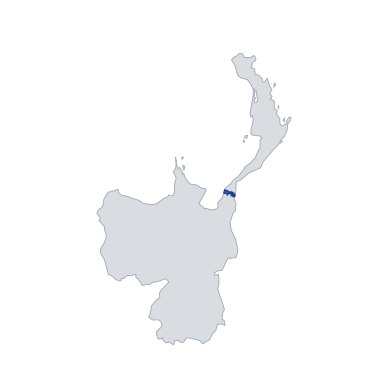 location of Pran Buri, Prachuap Khiri Khan, Thailand, rotated 202°
{"feature_id": "78962969B16792077167163", "entity_name": "Pran Buri", "entity_type": "district", "adm_level": 2, "iso_a3": "THA", "parent_name": "Thailand", "parent_adm1": "Prachuap Khiri Khan", "projection": "orthographic", "projection_center": [99.688, 12.406], "detail": "fine", "context": "in_parent", "style": "filled", "palette": "blue", "viewbox_px": 384, "rotation_deg": 202, "n_neighbors": 0, "source": "geoboundaries", "source_scale": "gbopen_adm2", "svg_char_len": 5814}
<svg xmlns="http://www.w3.org/2000/svg" viewBox="0 0 384 384"><g transform="rotate(202 192 192)"><path d="M164.4,44.4L164.8,45.9L166.3,44.0L168.2,43.0L172.0,47.2L172.5,49.0L169.7,55.7L170.2,57.9L172.0,59.8L174.1,60.8L176.4,60.5L180.6,58.6L185.3,59.8L185.1,64.3L186.9,71.3L184.6,78.6L182.3,82.2L184.1,85.3L184.3,88.2L179.8,99.5L180.7,100.4L183.6,101.6L184.8,101.2L189.6,96.7L194.8,93.3L196.5,90.3L199.8,89.3L202.7,86.7L209.7,91.2L211.5,91.6L212.4,92.3L212.8,94.2L213.6,94.5L216.4,91.9L221.1,90.2L222.9,86.2L225.1,85.1L224.8,83.2L225.5,82.4L229.4,82.2L235.2,84.2L237.3,84.5L238.3,84.1L247.8,96.4L253.9,101.1L255.5,104.4L254.3,112.8L254.6,117.6L256.0,121.2L258.6,123.8L260.6,127.4L267.7,130.7L267.1,131.6L267.6,133.9L272.0,136.5L272.4,137.3L272.0,140.7L270.1,143.4L269.7,145.5L269.8,148.1L271.0,152.1L269.8,160.2L267.2,162.6L263.9,164.3L262.1,166.6L260.7,166.0L260.0,163.8L256.2,162.6L249.0,163.9L245.4,163.5L240.6,164.3L235.9,164.0L233.1,163.1L225.2,165.0L221.9,166.7L219.6,169.1L216.1,175.1L212.5,178.8L212.6,180.4L208.1,181.3L208.4,186.4L211.0,192.0L211.9,199.0L217.0,203.9L216.1,207.3L216.7,210.7L220.7,218.4L217.8,214.8L217.2,212.3L213.8,208.4L212.8,210.3L208.9,207.5L207.2,204.6L206.6,205.9L202.7,201.9L198.7,199.7L196.5,198.7L191.0,200.2L184.0,199.1L181.3,200.2L180.1,199.5L179.5,198.3L181.3,183.7L175.3,181.9L174.2,181.0L172.9,182.1L167.0,182.7L162.7,185.4L162.1,187.6L164.1,191.6L161.6,198.8L162.5,205.7L162.1,209.4L159.1,214.2L158.4,218.0L155.0,223.8L152.7,231.1L152.2,235.4L148.1,241.9L147.2,245.6L145.7,247.0L146.3,249.9L145.6,258.9L148.2,265.4L147.5,268.4L150.3,269.4L156.9,267.4L159.1,267.9L160.5,271.5L162.2,282.1L165.0,285.4L165.7,283.7L167.0,285.4L168.1,288.6L171.6,305.3L173.4,309.7L171.3,308.6L170.1,303.3L168.2,303.1L168.8,299.8L167.6,298.6L165.6,299.5L165.7,302.1L171.0,310.5L174.3,310.7L178.4,314.3L183.0,317.0L188.7,316.0L192.7,316.9L195.0,319.1L198.8,324.7L204.9,329.4L204.0,332.3L201.6,334.7L200.3,337.8L198.7,338.8L196.4,338.8L193.9,336.2L187.9,338.6L186.5,341.1L185.0,341.7L182.3,339.0L182.5,337.5L184.2,335.3L183.7,329.5L180.1,329.5L177.7,325.2L176.9,324.7L175.2,325.4L169.4,323.4L167.7,320.7L166.0,320.9L164.9,325.6L159.8,319.3L156.3,316.8L156.8,312.1L154.4,311.1L153.4,309.9L154.3,307.1L151.1,307.5L149.5,306.7L147.6,301.8L146.0,299.7L143.9,299.7L143.2,298.8L143.3,296.3L138.1,292.8L136.4,288.8L133.9,287.0L132.3,287.6L130.7,290.4L129.5,290.2L128.4,289.4L127.0,285.4L127.1,278.4L128.8,274.3L129.8,267.8L132.2,262.3L137.4,246.3L137.6,240.0L146.2,231.0L152.0,220.7L153.9,219.2L154.7,217.3L151.7,209.0L150.3,203.2L150.6,201.7L146.9,197.8L146.0,193.3L145.0,191.9L144.7,190.4L146.0,187.8L145.3,178.0L141.3,171.2L134.2,164.9L127.8,155.6L127.0,152.3L126.8,147.7L132.0,144.6L134.0,144.4L134.8,130.6L139.2,128.0L140.1,126.8L140.6,124.5L139.5,123.2L136.7,125.4L136.1,124.9L132.6,116.8L131.9,111.8L117.8,95.1L118.5,92.3L116.5,85.1L114.4,85.0L113.0,83.7L111.6,80.5L114.3,80.9L118.8,79.1L118.1,72.2L120.0,68.2L120.3,61.6L123.7,57.7L124.2,55.7L126.0,55.5L128.5,57.0L131.0,57.0L141.4,55.4L142.8,53.6L143.4,49.9L144.5,48.8L146.8,48.5L149.5,49.2L152.3,47.8L151.8,43.5L156.8,44.2L160.0,42.3L164.4,44.4ZM131.0,292.2L130.2,297.5L128.2,298.5L127.5,295.5L128.7,290.6L129.3,291.7L131.0,292.2ZM163.8,261.9L163.5,264.4L161.7,265.2L161.2,262.4L163.8,261.9ZM208.4,209.7L210.6,213.3L208.1,213.0L207.6,209.5L208.4,209.7ZM155.7,323.9L154.5,322.4L155.5,320.1L156.4,323.0L155.7,323.9ZM134.4,292.8L133.9,295.7L132.9,291.8L134.4,292.8ZM163.9,259.6L162.9,259.3L162.1,257.7L163.3,257.7L163.9,259.6ZM143.2,301.4L144.4,304.7L143.1,303.2L143.2,301.4ZM214.2,219.1L213.9,221.2L212.7,220.4L213.5,218.8L214.2,219.1ZM128.6,272.1L127.3,272.9L128.3,270.9L128.6,272.1Z" fill="#d9dde1" stroke="#a8b0b8" stroke-width="1"/><path d="M150.9,203.8L150.9,204.0L151.0,204.1L151.0,204.3L151.2,204.5L151.3,204.5L151.3,204.8L151.3,205.0L151.2,205.2L151.2,205.3L151.1,205.5L151.3,205.6L151.5,205.8L151.7,205.7L151.8,205.7L151.8,205.8L152.0,205.8L152.3,205.8L152.5,205.8L152.7,206.0L152.8,206.1L153.0,206.1L153.2,205.9L153.2,206.0L153.3,205.9L153.5,205.8L153.6,206.1L153.8,206.2L153.9,206.3L153.9,206.2L154.0,206.2L154.3,206.2L154.4,206.3L154.5,206.2L154.8,206.2L155.0,206.2L155.1,206.3L155.3,206.2L155.4,206.3L155.4,206.2L155.5,206.3L155.5,206.2L155.7,206.3L155.8,206.3L156.0,206.4L156.3,206.3L156.5,206.2L156.8,206.1L157.1,206.1L157.6,206.1L157.8,206.0L158.0,205.8L158.4,205.9L158.5,206.0L158.8,206.0L159.0,206.0L159.1,205.9L159.3,205.9L159.5,205.9L159.6,206.0L159.6,205.9L159.8,206.0L160.0,206.0L160.3,206.0L160.5,206.1L160.9,206.1L161.0,206.2L161.3,206.2L161.5,206.2L161.8,206.0L162.1,206.0L162.3,206.1L162.3,205.9L162.3,205.7L162.4,205.4L162.4,205.2L162.3,204.8L162.2,204.6L162.3,204.4L162.2,204.5L162.2,204.4L162.2,204.5L162.0,204.3L162.0,204.1L162.0,203.9L162.0,203.7L161.9,203.8L161.8,203.7L161.8,203.8L161.7,203.8L161.5,203.7L161.4,203.7L161.2,203.6L160.9,203.6L160.7,203.6L160.4,203.5L160.2,203.6L159.4,203.6L158.8,203.4L158.7,203.4L158.8,203.3L158.7,203.2L158.4,202.9L158.4,203.0L158.5,203.3L158.4,203.4L158.4,203.5L158.1,203.5L158.0,203.8L157.6,204.1L157.3,204.4L157.2,204.7L157.0,204.8L156.8,204.8L156.7,204.9L156.7,205.0L156.6,204.9L156.5,204.7L156.4,204.7L156.3,204.8L156.2,204.8L155.9,204.9L155.8,205.0L155.8,205.3L155.7,205.4L155.6,205.5L155.4,205.5L155.2,205.7L155.1,205.8L154.9,205.8L154.7,205.8L154.5,205.7L154.2,205.6L153.9,205.5L153.9,205.4L153.7,205.3L153.7,205.2L153.7,204.9L153.8,204.9L153.9,204.7L154.0,204.6L154.3,204.6L154.3,204.4L154.3,204.2L154.2,204.2L154.3,204.0L154.2,204.0L154.1,203.9L154.0,204.0L153.9,204.0L153.9,203.9L153.8,204.0L153.7,203.9L153.5,203.7L153.4,203.7L153.2,203.6L152.9,203.6L152.7,203.6L152.5,203.4L152.4,203.5L152.4,203.4L152.2,203.3L152.3,203.4L152.2,203.4L151.9,203.3L151.7,203.4L151.6,203.5L151.4,203.5L151.2,203.6L150.9,203.8Z" fill="#3b82f6" stroke="#1e3a8a" stroke-width="1.5"/></g></svg>